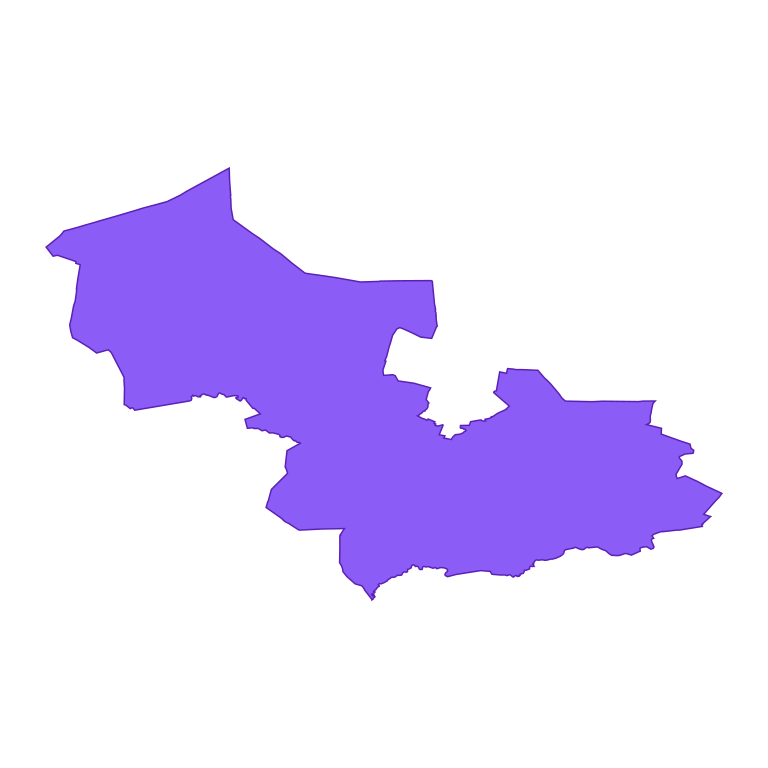 the district of Preiļu pag., Preilu, Latvia
{"feature_id": "27541924B82337484092202", "entity_name": "Preiļu pag.", "entity_type": "district", "adm_level": 2, "iso_a3": "LVA", "parent_name": "Latvia", "parent_adm1": "Preilu", "projection": "equal_earth", "projection_center": [26.708, 56.291], "detail": "fine", "context": "isolated", "style": "filled", "palette": "violet", "viewbox_px": 768, "rotation_deg": 0, "n_neighbors": 0, "source": "geoboundaries", "source_scale": "gbopen_adm2", "svg_char_len": 6094}
<svg xmlns="http://www.w3.org/2000/svg" viewBox="0 0 768 768"><path d="M53.1,256.2L57.2,255.3L58.2,255.5L76.1,261.6L75.8,263.3L80.2,264.7L77.6,280.2L76.4,288.9L76.7,289.1L76.4,292.5L75.2,300.9L73.5,306.2L71.4,317.8L69.7,324.9L70.8,331.3L72.6,337.7L77.1,340.1L89.4,347.7L96.6,353.0L108.3,349.8L111.2,352.4L124.1,377.4L124.0,380.8L124.5,388.1L124.2,404.6L125.1,404.8L126.6,405.7L130.2,408.6L131.9,407.8L133.1,408.1L134.7,410.2L189.9,400.9L191.3,400.1L191.8,398.4L191.3,397.0L192.8,395.2L193.7,396.2L194.9,395.6L195.9,395.7L197.9,396.8L200.1,396.9L200.7,396.6L200.2,395.7L203.0,394.1L204.1,393.9L206.5,395.2L207.9,395.2L214.1,397.6L215.6,397.3L216.9,396.6L218.6,393.5L219.1,393.1L220.0,393.0L221.4,393.9L224.2,394.8L226.1,396.9L226.7,397.1L233.6,395.6L237.3,395.7L238.1,396.2L238.1,397.0L237.4,397.4L236.2,397.5L235.9,397.8L236.0,398.2L236.8,399.0L240.1,401.0L241.1,400.6L243.2,397.7L244.1,397.9L244.5,398.6L246.2,398.8L246.1,400.2L252.9,408.4L254.2,408.3L260.3,413.9L245.0,419.4L247.4,428.3L252.6,427.8L254.1,428.5L258.3,428.5L262.1,430.8L264.8,430.1L265.8,430.3L269.4,433.0L272.7,432.8L278.6,434.3L280.0,435.5L280.2,436.0L279.9,436.5L280.1,436.8L282.0,437.5L284.1,437.2L284.9,436.6L287.0,436.0L289.1,436.8L290.6,436.9L292.0,438.8L293.8,440.6L294.6,440.9L295.2,440.5L297.0,442.2L297.5,442.4L298.8,442.2L300.4,443.2L287.0,450.7L285.2,466.9L285.4,466.9L287.1,471.5L287.5,473.4L271.4,489.4L268.3,500.8L267.6,502.2L266.1,507.5L280.8,517.8L284.8,521.5L288.6,523.4L298.5,529.8L299.8,530.1L321.9,529.0L344.4,528.6L340.1,535.0L340.6,535.3L340.0,535.9L339.8,537.3L339.9,547.1L339.6,562.7L341.5,565.8L342.6,569.0L343.0,571.7L347.0,576.7L355.2,583.9L361.9,585.8L364.4,589.2L364.5,589.9L371.6,599.0L371.8,599.9L373.1,599.1L373.1,598.4L374.6,597.2L374.9,596.6L373.7,596.0L374.3,595.4L374.2,595.0L373.4,594.7L373.1,595.1L373.1,595.6L372.6,595.7L372.2,595.5L372.2,594.9L371.5,594.3L371.9,593.9L374.5,592.8L375.0,592.0L373.7,591.4L373.7,591.1L376.0,589.5L376.4,588.5L377.2,587.9L377.4,587.3L379.1,586.4L379.3,585.8L378.2,584.6L378.4,584.3L379.5,583.7L381.4,583.8L384.4,582.5L387.5,580.7L387.9,579.7L390.4,578.3L391.1,577.4L394.9,577.1L397.6,575.2L398.8,575.4L401.5,575.1L401.9,574.7L402.5,573.2L403.4,572.2L404.6,571.9L405.7,572.2L407.0,572.0L407.5,571.6L407.6,569.4L409.1,569.0L411.1,567.9L411.3,567.7L411.3,566.3L412.9,564.8L414.5,565.3L415.3,566.5L416.6,566.3L417.7,566.4L418.4,567.1L419.4,569.1L420.4,569.6L422.2,569.4L422.7,567.0L423.4,566.5L424.0,566.4L425.8,567.0L428.1,566.6L433.0,568.2L435.5,567.5L436.6,568.6L438.0,568.5L439.4,567.8L441.5,567.6L443.4,567.7L445.3,568.3L447.4,569.3L447.5,571.2L445.6,573.0L445.0,574.2L445.0,575.0L445.4,575.6L447.6,576.7L455.9,574.5L480.6,570.6L490.2,571.4L491.7,573.9L492.2,574.3L500.5,575.0L505.2,575.0L507.0,575.6L509.7,574.7L510.3,574.8L512.5,576.7L513.4,577.1L515.4,575.6L516.8,575.6L517.0,576.3L517.5,576.5L519.2,576.2L519.8,575.6L519.3,575.2L520.5,574.6L520.7,574.1L520.6,573.9L523.2,573.4L524.2,571.6L524.5,570.3L526.2,570.2L529.5,569.0L529.8,567.0L530.2,566.2L531.0,566.1L532.4,566.6L533.3,566.2L534.0,566.3L533.7,565.8L533.7,564.8L532.9,564.3L533.6,563.7L533.1,563.2L533.7,562.8L534.9,560.9L536.3,559.9L538.5,560.2L542.5,559.8L544.7,560.3L547.1,560.1L550.7,559.1L553.2,559.0L554.4,558.5L555.4,558.4L560.2,556.3L562.6,554.6L563.7,553.3L564.3,550.8L565.1,550.0L566.6,549.4L573.7,548.1L574.8,547.3L576.8,547.7L577.3,548.1L580.3,549.3L582.8,549.7L584.6,548.9L585.5,548.0L586.9,547.2L588.6,547.8L597.5,546.9L601.3,549.1L605.7,550.7L609.1,553.7L611.6,555.3L617.0,555.6L619.6,555.4L625.1,553.5L627.3,553.8L631.4,555.1L640.3,551.1L639.9,548.8L640.0,548.3L641.2,547.6L643.1,547.1L646.6,546.7L650.7,549.1L651.4,549.0L653.2,548.4L653.9,547.2L653.9,546.6L651.6,541.2L651.4,540.2L651.7,539.0L653.7,538.3L652.0,535.8L653.7,534.3L659.9,532.0L662.4,531.4L662.5,531.7L677.9,530.0L678.8,530.2L702.4,526.4L701.8,524.6L703.0,523.9L702.8,523.6L710.6,516.5L707.9,515.8L703.8,514.2L715.0,501.5L718.9,497.5L721.9,493.4L706.0,486.0L698.2,481.8L685.4,475.9L677.2,478.5L676.3,476.2L676.1,474.2L682.0,464.2L682.0,461.2L679.5,458.1L679.1,457.0L679.8,456.4L685.2,454.0L693.0,453.3L693.5,452.1L693.7,450.3L691.0,448.3L690.0,444.1L681.0,441.2L661.2,434.1L661.5,428.3L646.5,424.6L648.9,423.4L650.1,422.4L650.4,419.8L650.2,416.1L651.0,413.3L651.8,408.4L653.0,403.4L655.2,401.0L643.4,401.1L638.1,401.6L602.5,401.2L592.1,401.7L565.4,401.1L561.9,398.0L558.6,393.3L550.8,384.1L547.3,380.5L544.7,378.2L537.9,370.3L521.6,369.6L515.7,369.6L513.5,369.1L507.6,368.6L506.5,373.3L499.7,371.9L496.4,390.7L494.5,391.3L493.9,391.8L493.7,392.6L509.3,406.1L506.1,409.1L506.2,409.4L497.6,413.3L492.0,417.1L491.4,416.7L490.1,418.2L485.0,419.3L485.6,421.0L482.8,421.0L480.9,419.9L475.1,420.9L470.6,421.7L469.3,425.3L460.5,425.5L460.3,427.6L460.6,428.1L462.7,428.3L463.5,428.7L463.6,429.1L465.1,429.2L466.0,430.3L465.6,431.1L464.6,431.4L463.9,431.9L463.6,432.5L460.4,434.1L455.2,434.7L452.8,437.0L451.3,439.5L443.8,438.0L444.9,435.8L439.2,434.8L443.0,425.5L442.8,424.8L437.7,426.1L435.0,425.2L435.7,424.0L434.0,423.1L434.9,421.8L428.1,419.0L426.8,420.4L425.2,419.3L421.9,418.2L417.6,415.9L418.4,415.7L418.5,415.2L419.3,414.9L419.8,414.1L421.1,413.6L423.3,411.3L425.1,410.9L425.4,410.1L426.9,408.8L427.6,407.5L428.0,406.6L427.9,404.5L428.9,403.0L426.2,399.6L428.3,391.7L429.6,390.0L430.6,387.9L413.9,383.2L398.1,380.9L395.2,375.7L392.8,374.7L383.7,375.4L383.1,372.5L383.0,369.8L385.9,361.2L384.7,360.9L386.7,356.4L389.3,346.2L390.2,343.8L392.6,335.3L396.8,329.0L399.8,327.6L402.4,328.5L410.9,332.3L420.7,337.1L431.7,338.4L436.5,326.9L437.2,326.3L436.2,319.2L436.1,316.0L435.8,315.7L436.1,315.3L435.8,312.1L435.2,311.4L435.6,309.6L434.5,304.0L432.3,281.2L431.0,280.6L399.8,280.8L380.0,281.1L379.3,281.4L360.5,282.0L335.0,277.5L305.6,273.3L304.4,272.7L291.2,262.5L281.1,254.0L273.3,248.9L259.4,238.2L252.4,233.6L233.2,219.7L231.1,208.1L230.8,199.3L230.4,195.9L230.6,195.2L230.8,195.1L230.6,194.0L229.6,181.0L229.2,168.1L186.6,191.3L180.3,195.2L166.8,201.7L144.3,207.7L126.5,213.1L86.1,224.8L77.1,227.5L63.8,231.1L61.9,233.7L59.7,236.1L46.1,247.1L53.1,256.2Z" fill="#8b5cf6" stroke="#5b21b6" stroke-width="1.5"/></svg>